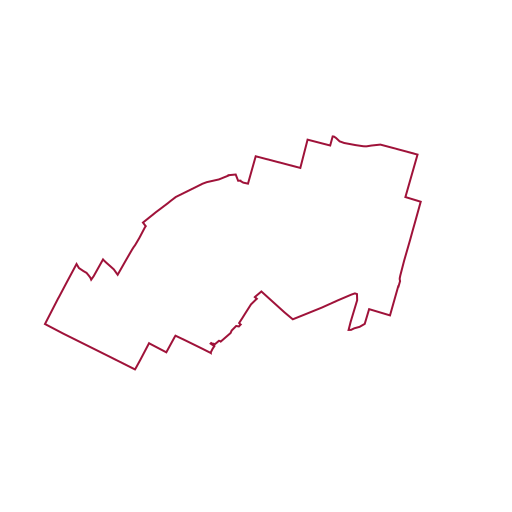 Calmatuiu, Teleorman, Romania, rotated 214°
{"feature_id": "2599482B22374175683856", "entity_name": "Calmatuiu", "entity_type": "district", "adm_level": 2, "iso_a3": "ROU", "parent_name": "Romania", "parent_adm1": "Teleorman", "projection": "albers", "projection_center": [24.851, 43.964], "detail": "fine", "context": "isolated", "style": "outline", "palette": "rose", "viewbox_px": 512, "rotation_deg": 214, "n_neighbors": 0, "source": "geoboundaries", "source_scale": "gbopen_adm2", "svg_char_len": 1985}
<svg xmlns="http://www.w3.org/2000/svg" viewBox="0 0 512 512"><g transform="rotate(214 256 256)"><path d="M120.8,310.4L122.0,314.1L122.5,315.7L123.7,316.9L124.4,317.9L125.5,320.6L130.6,335.0L131.5,337.8L137.2,355.4L140.5,365.2L140.7,365.8L142.9,372.5L149.8,393.1L165.1,388.4L171.7,408.6L178.8,430.4L203.1,422.1L215.2,417.9L222.1,412.1L225.7,408.7L228.2,407.1L235.5,403.6L246.1,399.0L249.7,398.1L250.7,397.8L255.7,398.6L258.2,398.6L259.3,398.0L256.3,389.1L263.6,386.5L278.3,381.3L268.5,353.8L312.0,338.5L303.1,311.5L307.6,309.7L310.6,309.5L311.0,309.8L312.9,308.4L318.4,312.2L324.0,307.6L323.8,307.3L329.6,298.7L338.1,289.7L340.9,285.8L341.2,285.2L355.5,260.1L357.7,253.5L358.5,250.8L363.4,236.6L368.4,220.5L365.7,219.6L364.9,219.3L364.1,219.1L364.1,217.5L362.8,205.6L362.3,197.4L362.4,194.7L362.3,191.7L361.4,178.8L360.2,163.1L361.6,163.6L366.4,165.4L370.7,166.0L376.8,166.8L380.2,167.4L380.9,167.6L379.3,148.4L379.4,144.2L381.2,145.4L383.8,146.3L387.2,147.3L387.6,147.2L390.7,147.0L393.9,147.0L396.1,147.0L398.2,148.0L400.3,149.0L398.2,128.5L396.4,111.7L396.3,110.1L392.9,81.6L372.2,83.9L333.0,89.1L292.9,94.3L292.9,95.0L293.8,104.9L295.9,123.9L295.4,123.9L276.5,126.0L278.1,143.0L278.2,144.9L267.6,146.5L248.0,149.2L240.8,150.1L239.5,150.3L239.2,150.3L239.4,150.6L239.7,151.4L239.7,151.6L240.1,155.0L240.1,157.9L240.5,157.9L241.2,158.0L243.7,158.0L244.6,158.0L244.5,158.8L243.5,158.9L242.3,158.9L242.0,159.6L240.8,159.6L240.7,160.1L240.1,162.1L239.3,165.0L238.5,165.3L237.4,165.3L234.0,177.9L234.5,180.6L233.3,186.9L230.8,188.0L230.4,190.6L230.8,190.6L232.5,191.0L232.6,195.0L232.6,196.2L232.8,201.8L233.1,213.1L231.7,219.8L231.4,221.0L234.0,221.3L233.9,221.8L232.0,228.5L231.7,229.6L200.8,225.2L192.2,224.3L190.1,224.1L184.0,233.1L172.6,250.0L163.4,264.9L155.3,277.4L153.1,280.3L151.0,280.9L147.4,275.9L140.7,254.3L137.9,246.5L135.9,247.9L134.1,251.0L130.5,255.2L127.9,260.5L132.5,275.2L111.7,281.7L121.1,310.3L120.8,310.4Z" fill="none" stroke="#9f1239" stroke-width="2"/></g></svg>